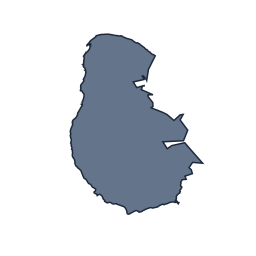 Los Cabos, Baja California Sur, Mexico (Robinson projection), rotated 138°
{"feature_id": "50627088B64168457575480", "entity_name": "Los Cabos", "entity_type": "district", "adm_level": 2, "iso_a3": "MEX", "parent_name": "Mexico", "parent_adm1": "Baja California Sur", "projection": "robinson", "projection_center": [-109.801, 23.272], "detail": "fine", "context": "isolated", "style": "filled", "palette": "slate", "viewbox_px": 256, "rotation_deg": 138, "n_neighbors": 0, "source": "geoboundaries", "source_scale": "gbopen_adm2", "svg_char_len": 5472}
<svg xmlns="http://www.w3.org/2000/svg" viewBox="0 0 256 256"><g transform="rotate(138 128 128)"><path d="M59.5,163.4L59.9,165.4L60.2,165.9L60.5,166.1L60.9,167.4L61.0,168.9L60.8,169.2L61.3,170.1L61.3,170.8L61.6,171.9L61.5,173.7L61.9,173.9L62.0,174.3L62.2,175.6L62.1,177.0L62.3,177.4L62.5,178.9L63.3,182.2L63.1,182.5L63.5,183.2L63.7,184.7L63.8,184.9L64.4,185.0L65.1,186.1L65.7,188.0L66.2,191.0L66.9,192.2L69.1,195.6L70.8,199.3L71.0,199.8L70.9,200.2L70.9,200.4L71.9,201.5L72.2,201.5L72.7,202.0L73.7,203.2L73.9,203.7L74.2,203.8L75.1,204.8L79.3,210.3L80.4,211.4L82.7,213.3L84.1,214.3L84.6,214.9L85.9,215.8L89.8,217.8L90.1,217.6L90.5,217.7L90.9,217.4L97.3,217.9L98.5,217.8L99.8,217.4L102.8,217.2L103.3,217.0L103.4,216.7L102.9,216.8L102.8,216.5L101.8,216.3L101.5,216.1L101.4,216.2L101.1,215.9L100.8,215.9L100.9,216.0L101.0,216.1L100.8,216.1L101.0,216.2L100.8,216.3L100.6,216.1L100.7,215.9L100.6,216.1L100.4,216.0L100.5,216.2L100.4,216.2L100.3,216.3L100.2,216.1L100.3,216.3L100.0,215.9L100.2,216.1L100.0,215.9L100.2,215.7L100.3,215.8L100.2,216.0L100.4,215.6L100.2,215.6L100.0,215.9L100.2,215.5L100.4,215.6L100.2,215.5L100.3,215.4L100.2,215.4L100.3,215.2L100.2,215.3L100.1,215.1L100.2,214.9L100.1,215.0L100.0,214.9L100.2,214.7L100.2,214.8L100.2,214.7L100.4,214.6L100.2,214.8L100.4,214.7L100.3,214.9L100.5,214.8L100.3,215.0L100.5,215.0L100.3,215.1L100.5,215.7L101.1,215.7L101.0,215.3L101.1,214.8L101.5,214.2L102.8,213.0L104.1,212.4L106.1,212.0L107.7,211.9L108.6,212.4L109.1,211.8L110.1,211.8L110.5,211.9L111.1,211.7L111.3,211.3L112.0,211.4L112.5,211.1L112.9,211.2L113.3,210.8L113.2,210.3L113.4,209.6L113.6,209.5L113.8,209.2L114.5,208.7L114.7,208.4L115.2,208.0L115.8,207.8L115.9,207.4L116.5,206.8L117.2,206.4L117.3,206.0L117.8,205.8L118.0,205.6L118.4,205.5L118.5,205.2L118.4,205.2L118.4,204.8L118.7,204.7L119.0,204.9L118.9,204.6L119.4,204.0L119.8,204.0L120.1,203.1L119.9,202.7L120.1,202.4L120.0,201.5L120.1,200.4L120.5,199.8L120.9,199.6L121.3,199.8L121.2,199.3L121.4,199.2L121.4,198.7L121.8,197.9L123.1,196.7L125.7,195.0L127.8,194.4L128.2,194.1L128.6,194.0L128.7,193.9L128.5,193.6L128.9,193.3L129.1,192.8L129.4,192.5L130.8,192.1L133.1,191.8L134.5,191.4L134.9,191.1L135.2,190.5L135.6,190.2L135.8,189.8L136.3,189.6L136.3,189.3L136.8,188.7L138.0,188.0L138.4,187.5L138.2,187.2L137.8,187.0L137.7,186.6L137.5,186.2L137.6,185.5L137.9,185.0L137.8,184.6L138.0,183.1L138.4,182.0L139.6,180.9L142.3,179.0L143.6,178.4L144.3,178.2L144.8,178.0L146.2,176.3L146.1,176.1L146.5,175.8L146.8,175.9L146.7,176.4L146.8,176.5L146.8,175.9L146.8,175.7L147.0,175.5L152.6,173.6L154.7,173.0L155.5,172.7L156.2,172.0L157.0,171.5L158.8,170.8L160.5,170.5L163.0,170.7L164.9,170.2L165.1,169.7L165.6,169.4L165.6,169.0L166.5,168.4L166.5,168.2L166.8,167.6L168.5,166.7L170.8,165.7L172.7,164.5L173.7,163.4L174.2,162.7L174.3,162.0L174.6,161.7L175.8,161.2L176.3,160.5L176.5,160.1L177.0,159.3L178.0,157.1L179.3,156.0L180.7,155.2L180.7,154.7L180.9,154.4L181.0,153.8L181.2,153.5L181.8,153.2L182.4,151.9L182.6,151.2L183.5,150.3L184.1,150.0L184.0,149.1L184.5,148.3L185.1,147.8L185.2,147.4L185.6,146.9L187.7,145.0L187.9,144.5L188.4,143.8L188.5,143.0L188.7,142.7L188.6,141.6L189.3,139.6L189.5,139.2L191.1,137.2L191.5,136.4L191.9,135.2L192.1,133.9L191.7,132.7L192.0,131.4L191.6,130.2L191.5,127.6L192.4,125.8L192.6,124.7L193.5,122.8L193.7,121.6L194.2,120.6L194.2,119.7L193.7,118.4L193.7,117.0L194.2,114.6L194.4,113.1L193.9,112.1L193.6,111.1L193.6,110.2L194.0,107.9L193.7,106.8L193.3,106.2L192.9,104.3L193.4,103.7L194.6,103.0L196.0,103.2L196.5,102.6L196.5,101.8L196.0,101.1L195.7,99.7L195.7,99.3L196.1,98.4L195.2,98.3L195.0,98.5L194.4,98.1L194.0,97.9L193.7,97.9L193.1,97.0L193.1,96.4L192.9,96.1L192.9,94.3L193.2,93.8L193.3,93.0L193.7,92.5L193.8,91.9L194.0,91.4L193.8,90.4L193.8,89.9L194.1,89.1L194.4,89.0L194.2,88.6L194.2,87.9L193.9,87.4L193.6,86.4L193.4,86.1L192.0,85.5L191.5,85.1L190.6,83.9L190.3,83.1L190.4,82.8L190.4,82.4L189.9,81.6L189.5,81.1L188.5,80.5L187.3,79.5L187.4,79.2L187.0,78.7L186.8,77.8L185.8,76.6L185.6,75.8L185.2,75.2L184.8,74.3L183.7,72.4L183.5,70.9L183.8,68.8L184.7,66.8L185.7,65.2L185.9,64.8L185.8,64.4L185.2,63.6L184.5,63.2L178.8,61.9L177.3,61.2L176.6,60.6L176.5,59.9L176.2,59.3L176.2,58.3L175.7,57.7L175.2,57.6L174.3,57.0L171.9,56.5L168.4,55.5L166.1,54.5L165.1,54.2L164.5,53.8L163.6,52.6L163.4,52.2L163.0,51.8L162.1,51.5L161.0,50.7L159.8,50.2L158.9,49.5L156.5,49.3L153.4,48.3L152.9,48.0L152.9,47.4L152.5,46.9L150.2,46.1L149.9,45.7L147.3,44.9L145.4,44.0L143.8,42.8L143.3,42.3L143.3,41.7L141.7,40.3L141.4,39.7L141.3,38.6L141.4,38.1L140.2,38.5L140.7,38.9L140.7,39.0L140.6,41.0L141.0,40.9L141.1,41.2L141.0,41.5L141.2,41.8L141.4,41.7L141.5,42.3L139.6,42.9L138.8,43.6L138.4,44.5L137.6,44.9L136.1,45.2L135.8,45.4L134.5,45.3L134.0,45.4L133.2,45.0L132.8,45.4L131.7,45.7L131.5,46.1L131.5,46.4L131.2,47.0L130.5,47.2L129.7,47.2L128.0,47.7L127.7,48.0L127.4,48.6L127.5,49.1L127.8,49.4L127.5,50.0L127.0,50.6L125.7,51.3L125.4,51.8L125.3,52.4L122.2,53.3L119.1,50.9L117.9,54.1L110.7,51.0L108.9,54.7L109.2,57.7L103.0,59.2L96.1,51.9L95.9,71.1L95.7,79.1L107.2,85.6L112.7,86.4L111.3,94.4L95.3,81.4L85.1,86.4L83.9,99.1L77.9,101.2L80.4,102.9L88.8,102.8L90.0,112.0L91.7,116.3L97.3,127.5L95.0,127.3L92.6,130.3L92.1,137.9L90.9,139.2L87.2,136.0L92.4,147.5L92.0,147.5L91.6,147.8L91.2,148.5L90.5,148.9L90.0,148.9L89.7,149.3L89.2,149.1L88.7,149.3L87.8,148.5L87.6,148.8L94.5,152.2L93.3,158.7L83.6,153.3L82.7,157.0L81.7,156.5L82.0,152.4L81.9,151.7L82.2,150.9L73.5,157.9L59.5,163.4Z" fill="#64748b" stroke="#1e293b" stroke-width="1.5"/></g></svg>